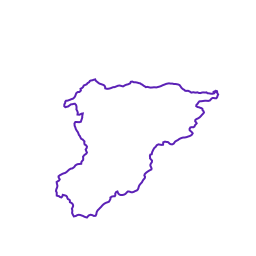 Rubim, Minas Gerais, Brazil (Mercator projection), rotated 60°
{"feature_id": "56859067B36353368141543", "entity_name": "Rubim", "entity_type": "district", "adm_level": 2, "iso_a3": "BRA", "parent_name": "Brazil", "parent_adm1": "Minas Gerais", "projection": "mercator", "projection_center": [-40.494, -16.442], "detail": "fine", "context": "isolated", "style": "outline", "palette": "violet", "viewbox_px": 256, "rotation_deg": 60, "n_neighbors": 0, "source": "geoboundaries", "source_scale": "gbopen_adm2", "svg_char_len": 4902}
<svg xmlns="http://www.w3.org/2000/svg" viewBox="0 0 256 256"><g transform="rotate(60 128 128)"><path d="M69.5,132.1L69.1,133.5L68.8,135.2L68.3,136.4L68.2,137.5L68.9,138.8L68.9,140.6L69.5,142.0L69.3,143.4L69.1,145.1L70.1,146.5L70.4,147.9L70.3,149.5L72.0,150.1L72.5,152.0L71.7,153.7L72.0,155.4L72.8,156.4L73.6,157.3L74.3,158.3L74.8,159.5L75.1,161.1L74.7,162.6L74.6,163.8L74.4,164.9L74.1,166.7L73.4,168.0L73.8,169.1L74.9,169.9L75.7,171.3L77.3,172.3L78.7,171.8L79.0,170.5L79.4,169.1L79.2,167.3L79.0,165.6L79.6,164.3L79.9,163.1L80.4,161.9L82.2,161.5L83.7,161.9L85.0,162.6L86.1,163.4L87.4,163.4L89.4,163.7L91.1,165.0L92.2,163.5L92.3,162.0L92.4,160.9L92.8,159.9L93.7,160.7L94.8,161.7L95.8,162.2L96.8,163.2L98.0,164.6L99.0,165.7L98.6,167.3L97.8,168.5L97.1,169.5L96.5,170.6L97.3,172.1L99.4,173.1L101.2,173.3L102.7,173.7L104.0,173.7L105.1,173.7L106.3,173.5L108.0,173.7L109.5,174.0L110.8,173.7L112.4,173.9L114.0,173.9L115.3,173.0L116.7,172.7L117.8,172.4L119.0,173.3L120.6,173.8L122.1,172.9L123.7,172.9L124.8,174.0L125.4,175.4L127.1,175.7L128.7,175.8L129.4,177.0L129.5,178.5L129.7,179.7L130.4,181.3L131.8,181.9L133.2,182.8L133.7,184.4L134.2,185.4L135.6,186.4L134.9,188.0L134.2,189.5L134.0,190.7L134.1,192.4L134.8,193.7L135.1,195.3L135.1,196.7L134.6,197.9L134.6,199.6L135.0,201.5L135.4,203.2L135.5,204.9L135.1,206.5L134.9,207.8L134.9,209.1L134.8,210.5L135.1,212.3L136.1,212.8L137.2,212.8L138.3,212.8L139.0,214.0L139.0,215.6L139.1,216.8L140.3,217.3L141.4,217.6L142.7,218.0L143.5,218.6L144.4,219.6L145.2,220.7L146.6,221.9L148.3,222.0L149.6,222.8L150.9,223.5L151.8,222.7L152.5,221.9L153.6,221.5L154.8,220.5L154.5,219.2L153.3,217.9L154.7,216.4L155.9,215.4L157.0,215.2L158.3,215.5L159.4,215.6L160.4,214.9L161.5,214.5L163.2,215.4L164.7,214.4L165.9,214.0L167.3,214.1L168.3,214.7L169.2,215.9L169.9,217.0L171.3,217.3L172.6,218.1L173.6,218.9L175.5,219.1L177.5,219.1L178.1,217.2L178.1,215.5L178.5,214.1L179.5,212.8L180.7,211.8L181.6,211.0L182.6,210.4L183.6,209.7L185.0,208.3L184.4,206.7L184.1,205.6L184.4,203.8L185.6,202.5L187.1,201.5L187.8,200.0L187.0,198.7L185.9,197.8L184.9,196.8L184.1,195.3L183.8,194.0L183.3,192.4L182.9,190.8L182.3,189.2L181.9,187.7L181.7,186.1L181.8,184.2L182.1,182.8L182.3,181.3L181.4,179.8L180.6,178.6L179.4,178.0L179.3,176.3L179.8,174.8L180.5,173.6L179.9,172.6L178.4,171.8L177.5,170.2L177.7,168.9L178.9,169.1L180.3,169.1L181.5,168.6L182.3,167.9L183.2,166.4L183.7,164.9L183.8,163.3L183.5,162.2L183.1,161.0L182.9,159.8L183.5,158.9L184.3,158.1L185.2,157.4L185.9,156.2L186.2,154.7L186.2,153.3L186.5,151.7L186.2,150.3L185.5,149.3L184.4,148.2L183.4,147.0L182.6,145.1L182.0,143.1L181.2,141.9L180.4,140.4L180.1,139.3L179.6,138.3L178.7,137.6L177.3,137.6L176.3,136.5L175.8,134.7L175.6,133.1L175.5,131.5L175.5,129.9L175.6,128.5L174.8,127.8L173.4,127.6L171.9,127.5L170.9,126.9L170.1,125.7L169.5,124.4L168.2,123.5L166.5,123.9L165.3,124.1L164.4,123.5L163.1,123.0L162.2,122.0L162.6,120.6L161.1,119.3L160.1,117.9L159.4,116.9L158.5,115.3L158.1,113.3L157.3,111.8L157.4,109.8L158.6,108.4L159.6,107.1L160.0,106.0L159.0,105.3L158.0,104.6L158.3,102.8L159.3,101.7L160.1,100.5L161.1,100.1L162.4,99.8L163.6,98.9L164.3,97.8L164.4,96.3L163.7,94.8L163.3,93.8L163.3,92.3L163.4,90.8L163.2,89.6L163.2,88.4L163.4,86.6L163.8,85.1L164.6,83.6L165.2,81.8L165.5,80.0L165.8,78.7L165.9,77.4L165.7,75.9L164.9,74.6L163.1,74.9L161.8,75.4L160.8,75.7L159.6,75.2L158.7,73.7L159.2,72.2L160.0,71.2L160.0,69.8L159.0,68.4L158.7,67.3L158.3,66.2L157.1,66.2L155.9,66.5L154.8,65.8L154.5,64.5L154.7,62.4L154.6,60.6L154.1,58.8L153.5,57.1L153.1,55.6L152.6,54.5L151.3,54.2L149.8,54.5L148.7,54.0L147.6,54.4L146.7,55.3L145.6,56.1L144.6,57.3L143.2,58.0L142.2,57.2L141.8,55.6L141.1,54.3L140.6,52.8L141.4,51.3L142.1,49.6L142.8,47.9L143.6,46.5L144.7,44.9L145.1,43.4L144.7,42.1L144.3,41.0L144.3,39.7L144.9,38.7L145.7,37.9L146.4,36.6L145.8,35.3L144.8,34.3L144.1,33.2L142.3,33.2L140.7,32.5L139.8,33.3L140.5,34.2L139.5,34.8L139.6,36.0L141.0,36.2L140.6,37.7L139.8,39.0L138.9,40.0L138.2,40.9L137.6,41.8L136.4,42.2L135.9,43.4L135.0,44.7L134.3,46.1L134.0,47.7L133.1,49.1L131.8,50.1L131.4,51.3L130.8,52.3L129.7,53.5L129.0,55.5L127.7,56.1L126.7,56.7L125.8,57.4L125.0,59.0L124.3,59.9L123.1,60.2L121.8,61.0L120.0,61.6L118.4,61.7L116.6,61.9L115.4,62.8L114.6,63.7L113.6,64.9L112.9,66.2L111.8,67.3L111.0,68.7L109.8,70.2L109.4,71.3L108.9,72.8L108.6,74.9L108.3,76.6L108.2,78.4L107.9,80.0L107.4,81.8L107.1,83.0L106.4,84.1L105.7,85.1L105.1,86.6L104.2,88.4L103.2,89.5L102.1,90.6L101.5,92.2L100.4,92.6L99.1,93.4L97.6,93.9L96.8,94.6L95.6,95.0L94.5,96.2L93.1,97.5L92.1,98.7L91.3,100.1L89.9,101.1L89.4,102.5L90.4,103.8L90.2,106.1L89.7,107.7L89.5,109.1L89.5,110.2L89.5,111.5L88.3,112.7L87.0,114.0L86.4,115.5L86.1,117.7L85.9,119.2L85.3,120.2L85.1,121.3L84.9,122.9L84.5,124.5L84.0,125.8L83.4,126.8L82.3,127.9L81.0,127.3L79.9,127.2L78.6,127.6L77.7,128.4L76.6,129.3L75.3,130.5L74.1,131.1L73.1,131.4L72.0,131.9L70.7,132.3L69.5,132.1Z" fill="none" stroke="#5b21b6" stroke-width="2"/></g></svg>